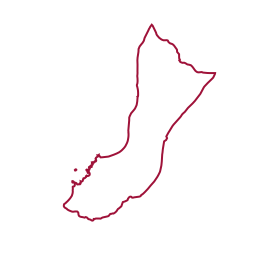 Radum, Shabwah, Yemen, rotated 136°
{"feature_id": "15242507B54571430773522", "entity_name": "Radum", "entity_type": "district", "adm_level": 2, "iso_a3": "YEM", "parent_name": "Yemen", "parent_adm1": "Shabwah", "projection": "natural_earth1", "projection_center": [48.124, 13.978], "detail": "fine", "context": "isolated", "style": "outline", "palette": "rose", "viewbox_px": 256, "rotation_deg": 136, "n_neighbors": 0, "source": "geoboundaries", "source_scale": "gbopen_adm2", "svg_char_len": 5588}
<svg xmlns="http://www.w3.org/2000/svg" viewBox="0 0 256 256"><g transform="rotate(136 128 128)"><path d="M39.2,129.6L40.3,131.4L40.9,132.1L41.3,133.0L41.6,134.5L42.2,135.9L43.6,137.1L44.5,139.1L44.1,141.1L43.3,141.0L42.7,142.7L40.0,145.6L39.8,148.6L38.4,150.3L38.3,150.7L37.6,155.4L37.7,157.1L38.0,158.0L38.9,159.6L39.1,161.0L39.1,162.0L38.6,163.2L38.7,163.5L39.1,164.2L41.5,166.4L42.2,167.8L42.5,168.7L42.9,171.3L42.7,174.6L42.3,175.9L41.7,176.9L41.1,178.6L39.2,184.5L39.2,185.8L42.0,185.3L43.0,184.9L44.3,184.6L45.4,184.1L53.1,181.4L53.8,181.1L54.4,180.7L55.6,180.0L56.5,179.6L58.6,179.1L59.9,179.0L62.9,178.6L63.9,178.2L64.5,177.9L65.5,177.5L67.6,175.5L72.2,172.0L74.2,170.2L77.1,167.0L82.1,161.9L82.8,161.1L84.1,159.9L85.2,159.0L86.7,157.1L88.5,155.1L90.2,153.6L91.7,152.8L92.4,152.0L92.6,151.4L93.9,149.3L94.6,148.3L95.9,146.7L97.9,144.6L98.6,144.0L99.0,143.8L99.2,144.0L99.4,144.0L99.4,143.8L99.6,143.6L100.5,142.8L103.0,140.6L104.9,139.2L105.9,138.5L107.1,138.0L109.5,137.1L111.6,136.8L115.7,136.4L116.1,136.2L118.3,135.4L119.8,134.7L121.9,132.6L129.7,125.8L130.6,124.6L131.1,124.3L131.5,123.6L133.2,121.9L134.4,120.9L136.4,119.4L137.7,118.6L139.2,117.9L140.6,117.4L142.7,116.7L144.7,116.4L146.9,116.3L148.4,116.3L150.9,116.6L153.8,117.5L156.6,118.6L161.5,120.8L162.3,121.3L166.7,124.7L168.1,125.9L168.1,126.1L168.1,126.4L168.0,126.5L168.0,127.6L167.9,127.9L168.0,128.1L168.0,128.5L167.7,128.4L167.8,128.5L168.0,128.5L167.8,128.7L167.8,128.9L167.7,129.0L168.2,129.1L168.3,129.2L168.7,129.3L168.9,129.5L169.1,128.9L169.4,128.5L169.7,128.4L170.3,128.7L171.4,128.8L171.8,128.6L172.0,128.7L172.3,128.5L172.6,128.5L172.9,128.0L172.9,127.8L173.1,127.7L173.3,127.4L173.3,126.9L173.7,126.5L174.0,126.4L174.4,126.4L174.4,126.6L174.7,126.7L174.9,127.0L175.1,126.9L175.3,126.9L175.6,127.2L175.8,127.2L176.4,126.8L176.6,127.0L176.9,127.0L177.1,127.1L176.9,127.4L177.1,127.8L177.4,128.2L177.7,128.2L177.8,128.3L177.9,128.1L178.3,127.9L178.5,127.7L178.3,127.2L178.1,127.0L178.1,126.7L178.3,126.5L178.7,126.3L178.8,126.4L179.0,126.4L179.4,126.5L179.7,126.3L179.9,126.4L180.0,126.4L180.2,126.5L180.3,126.4L180.5,126.1L180.6,125.7L181.1,125.6L181.3,125.3L181.5,125.4L181.8,125.9L181.8,126.1L182.0,126.2L182.0,126.3L182.4,126.4L182.5,126.7L182.4,126.8L182.7,126.8L183.0,127.0L183.3,126.9L183.4,126.6L183.6,126.5L183.5,126.4L183.7,126.2L183.6,125.9L183.6,125.4L184.3,125.2L184.5,125.1L184.7,124.9L184.8,124.9L185.3,124.9L185.7,124.9L186.0,124.4L186.3,124.1L186.8,123.8L187.2,124.0L187.3,124.0L187.3,123.8L187.2,123.7L187.3,123.3L187.6,123.2L187.4,122.9L187.2,123.0L187.1,122.8L186.9,122.7L187.0,122.2L187.3,121.7L187.9,121.1L188.3,120.9L188.9,120.9L189.2,121.0L189.5,121.0L189.7,121.3L189.9,121.3L190.3,121.4L190.7,121.8L190.8,122.0L191.0,122.1L191.0,122.4L191.0,122.5L191.6,122.5L191.8,122.2L191.7,122.0L192.0,121.9L192.3,122.2L192.6,122.0L193.3,121.9L193.8,122.0L194.2,122.1L194.6,122.5L194.8,122.4L195.2,122.7L195.4,122.6L195.9,122.2L196.2,122.2L197.1,121.5L197.7,121.4L198.1,121.6L198.3,121.6L198.9,121.7L199.0,121.8L198.9,122.1L199.1,122.6L199.5,122.1L200.0,122.0L200.4,122.1L200.5,122.2L200.5,122.5L200.6,122.1L200.6,121.9L200.4,121.3L200.4,121.2L200.8,121.0L201.1,120.9L201.5,120.9L201.6,121.0L201.8,121.0L202.1,121.3L202.2,121.6L202.3,121.7L202.5,121.7L202.7,121.8L203.6,122.5L203.7,122.8L203.6,123.4L203.4,124.0L203.6,124.8L203.8,125.1L204.1,125.1L204.4,125.4L204.7,125.4L205.0,125.2L205.2,124.7L205.6,124.2L206.0,123.8L206.6,123.5L207.1,123.4L207.5,123.6L207.9,123.9L208.0,123.9L208.3,124.1L208.6,124.1L209.5,123.1L209.9,122.6L210.4,122.1L210.8,121.9L211.8,120.7L212.6,120.0L213.4,119.4L215.4,118.3L216.1,118.1L218.5,117.6L220.7,117.4L222.8,117.3L224.1,117.4L224.6,117.3L226.3,117.5L226.9,117.6L227.7,117.1L228.5,116.3L228.8,115.1L228.6,113.9L228.2,112.7L228.2,111.5L227.9,110.3L227.5,109.2L226.5,107.0L225.8,106.0L224.0,104.7L223.2,103.9L222.5,103.1L222.5,101.8L223.2,100.8L223.9,99.9L224.3,98.7L224.0,97.5L223.4,96.5L222.7,95.6L221.4,93.6L220.4,93.4L219.8,92.4L219.7,91.2L219.8,90.0L219.2,89.1L218.6,88.0L218.4,86.8L217.7,85.9L216.7,85.8L215.8,86.4L215.0,85.6L214.0,85.2L212.3,83.6L210.6,81.8L209.5,81.6L208.5,81.3L203.7,78.4L202.7,78.2L201.5,78.4L200.4,78.5L199.6,77.8L198.5,77.3L197.8,76.5L195.7,76.1L193.6,76.2L192.6,76.5L191.5,76.7L190.5,76.5L187.2,76.3L183.2,78.3L181.2,77.3L179.2,76.6L178.2,76.5L177.2,77.1L176.2,77.3L175.1,77.4L174.1,77.1L173.4,76.2L173.4,75.0L172.6,74.3L171.7,73.8L168.0,71.1L167.1,70.5L166.0,70.3L165.0,70.6L164.0,70.4L163.9,70.3L162.4,70.2L160.2,70.2L156.0,70.4L151.6,70.9L146.3,71.3L141.1,72.4L139.0,73.0L135.9,74.1L134.9,74.6L130.4,77.6L129.5,78.3L126.9,80.5L121.9,85.1L120.2,86.4L117.6,88.6L111.3,93.3L108.9,92.9L106.9,93.6L106.3,95.3L102.1,96.6L100.0,97.1L94.7,98.5L92.7,98.8L88.3,99.1L82.8,99.5L81.6,99.7L79.6,100.2L77.4,100.2L76.3,100.1L75.2,100.2L70.9,100.8L64.4,100.8L61.1,101.0L52.3,102.3L50.1,103.0L45.8,104.4L44.7,104.7L43.6,104.8L39.3,105.0L32.8,105.0L31.6,105.1L28.6,106.2L27.7,106.6L27.2,107.0L32.4,112.1L35.5,115.7L36.1,117.0L38.6,119.0L39.4,120.1L39.8,122.1L39.6,123.9L39.3,125.8L39.1,127.6L39.2,129.6ZM205.0,126.9L204.9,127.1L204.4,127.1L204.4,127.4L204.6,128.2L205.1,128.4L205.3,128.0L205.8,127.5L205.8,127.3L205.6,127.1L205.0,126.9ZM187.2,125.4L187.3,125.2L187.1,125.3L186.7,125.2L186.5,125.4L186.4,125.9L186.3,126.0L186.5,126.2L186.7,126.8L187.0,126.8L187.1,126.5L187.3,126.3L187.3,126.2L187.2,125.4ZM194.8,133.9L194.5,133.8L194.2,133.8L194.1,134.0L194.2,134.5L194.3,134.6L194.6,134.7L194.8,134.6L195.1,134.7L195.4,134.7L195.5,134.5L195.6,134.2L195.3,133.9L195.1,133.8L194.8,133.9Z" fill="none" stroke="#9f1239" stroke-width="2"/></g></svg>